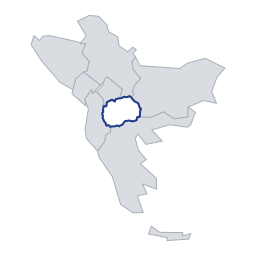 North Macedonia and the surrounding countries
{"feature_id": "MKD", "entity_name": "North Macedonia", "entity_type": "country or territory", "adm_level": 0, "iso_a3": "MKD", "parent_name": "Europe", "parent_adm1": "", "projection": "mercator", "projection_center": [21.64, 41.604], "detail": "fine", "context": "with_neighbors", "style": "outline", "palette": "blue", "viewbox_px": 256, "rotation_deg": 0, "n_neighbors": 7, "source": "natural_earth", "source_scale": "50m", "svg_char_len": 3237}
<svg xmlns="http://www.w3.org/2000/svg" viewBox="0 0 256 256"><path d="M135.6,57.0L140.0,65.7L179.8,68.5L187.3,63.2L205.1,58.3L225.0,68.1L217.2,76.8L211.6,91.6L216.5,103.3L203.5,100.5L188.1,107.0L187.9,117.0L174.1,118.9L163.4,111.9L151.3,117.4L140.1,116.9L139.0,103.4L131.4,96.9L133.9,94.0L132.3,91.5L134.8,85.0L140.6,78.5L133.2,69.5L131.9,61.8L135.6,57.0Z" fill="#d9dde1" stroke="#a8b0b8" stroke-width="1"/><path d="M190.7,233.6L188.8,239.1L167.0,240.6L167.1,237.6L148.6,234.0L151.4,226.1L159.7,232.3L182.8,232.6L182.4,235.8L190.7,233.6ZM140.1,116.9L151.3,117.4L163.4,111.9L174.1,118.9L187.9,117.0L188.1,107.0L195.4,112.3L190.7,124.9L187.1,127.2L170.0,124.7L151.7,129.9L162.2,141.1L146.0,144.4L138.0,134.1L135.2,138.5L138.5,150.3L146.1,159.5L140.4,163.8L156.4,178.4L156.6,189.2L142.6,184.1L147.0,193.9L137.4,195.9L143.2,212.6L133.1,212.8L120.7,204.6L112.3,176.6L98.7,156.6L97.6,151.0L104.7,141.4L105.6,135.0L110.5,132.1L110.8,126.8L120.7,125.0L126.5,120.6L134.7,121.0L140.1,116.9Z" fill="#d9dde1" stroke="#a8b0b8" stroke-width="1"/><path d="M110.8,126.8L110.5,132.1L105.6,135.0L104.7,141.4L97.6,151.0L86.4,138.6L85.0,129.1L88.4,109.1L84.8,99.4L91.4,89.3L92.4,93.2L96.4,91.4L103.3,99.0L102.4,113.3L104.5,121.9L110.8,126.8Z" fill="#d9dde1" stroke="#a8b0b8" stroke-width="1"/><path d="M73.5,90.1L60.1,82.3L41.7,61.1L31.0,44.6L34.1,35.7L39.6,40.6L42.8,36.2L49.9,35.7L85.8,43.7L82.0,53.0L89.3,61.2L87.1,71.0L75.8,78.7L73.5,90.1Z" fill="#d9dde1" stroke="#a8b0b8" stroke-width="1"/><path d="M77.6,21.1L89.2,15.4L98.7,16.3L106.9,24.9L108.6,31.8L117.8,36.8L119.0,45.7L127.9,51.9L132.6,47.1L136.4,49.7L132.8,53.3L135.6,57.0L131.9,61.8L133.2,69.5L140.6,78.5L134.8,85.0L132.3,91.5L133.9,94.0L131.4,96.9L119.2,98.4L122.3,89.4L107.7,77.2L99.3,86.7L100.5,85.0L83.5,72.0L87.1,71.0L89.3,61.2L82.0,53.0L85.8,43.7L80.3,43.7L86.1,35.7L77.6,21.1Z" fill="#d9dde1" stroke="#a8b0b8" stroke-width="1"/><path d="M100.5,85.0L92.4,93.2L91.4,89.3L84.8,99.4L85.8,105.9L71.9,93.6L75.8,78.7L83.5,72.0L100.5,85.0Z" fill="#d9dde1" stroke="#a8b0b8" stroke-width="1"/><path d="M104.3,106.4L103.3,99.0L96.4,91.4L102.9,85.3L105.0,78.4L107.7,77.2L122.3,89.4L119.2,98.4L106.9,102.4L106.2,106.5L104.3,106.4Z" fill="#d9dde1" stroke="#a8b0b8" stroke-width="1"/><path d="M119.0,98.4L119.9,98.5L121.7,98.0L122.9,97.2L123.4,97.1L124.2,96.8L125.3,96.9L126.5,97.2L127.9,96.8L129.3,96.1L129.9,96.3L130.5,96.8L130.9,97.0L133.2,100.1L134.5,101.3L136.0,102.2L137.7,102.9L138.3,103.6L139.4,106.8L140.0,108.0L140.7,108.4L140.9,108.7L140.9,109.2L140.1,111.4L139.8,116.5L139.5,116.9L138.7,116.9L137.5,117.0L137.1,117.4L136.6,120.1L134.8,120.8L133.1,121.3L131.7,121.2L129.3,120.5L128.5,120.5L127.8,120.8L125.6,121.0L124.6,121.5L122.3,124.7L120.0,125.7L119.2,126.3L117.5,125.6L116.6,125.5L115.4,126.3L112.7,126.4L112.0,126.5L110.0,126.7L109.9,126.2L109.5,125.6L108.5,125.3L106.6,125.6L106.1,125.1L105.3,122.4L104.7,122.0L104.0,121.1L102.8,118.2L102.7,116.9L102.8,115.8L102.2,113.2L102.6,112.5L103.2,112.1L103.2,111.0L103.0,109.4L103.7,106.2L103.9,106.0L104.1,106.2L105.9,106.4L106.3,106.0L106.6,105.4L106.7,103.1L107.1,102.0L111.4,99.9L112.7,99.9L113.6,100.8L114.4,101.4L114.9,101.4L115.0,100.8L115.5,99.6L116.4,98.9L119.0,98.4L119.0,98.4Z" fill="none" stroke="#1e3a8a" stroke-width="2"/></svg>